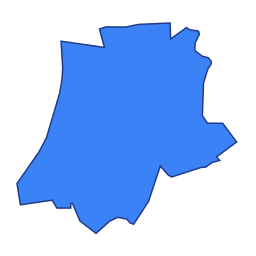 outline of Kimmage-Rathmines Lea-6, Dublin, Ireland, rotated 272°
{"feature_id": "5873133B27711850706283", "entity_name": "Kimmage-Rathmines Lea-6", "entity_type": "district", "adm_level": 2, "iso_a3": "IRL", "parent_name": "Ireland", "parent_adm1": "Dublin", "projection": "orthographic", "projection_center": [-6.288, 53.318], "detail": "fine", "context": "isolated", "style": "filled", "palette": "blue", "viewbox_px": 256, "rotation_deg": 272, "n_neighbors": 0, "source": "geoboundaries", "source_scale": "gbopen_adm2", "svg_char_len": 768}
<svg xmlns="http://www.w3.org/2000/svg" viewBox="0 0 256 256"><g transform="rotate(272 128 128)"><path d="M32.0,137.0L55.5,151.1L91.1,161.6L82.4,169.8L80.6,173.5L91.1,202.2L91.6,207.0L96.5,213.3L98.8,220.8L102.1,217.3L117.8,237.0L136.0,222.5L135.6,207.1L143.0,201.9L175.7,201.9L189.6,205.7L194.8,208.8L197.5,208.9L201.0,205.7L202.4,199.7L207.7,192.1L215.3,192.1L224.3,196.1L227.3,195.0L228.4,186.1L230.4,182.9L218.4,167.5L234.4,166.4L231.9,134.9L228.8,122.1L228.3,102.6L226.0,96.0L207.7,101.6L212.4,58.1L184.9,60.7L174.0,60.3L160.5,58.5L115.2,46.8L100.7,39.7L68.7,19.0L47.5,23.1L53.2,54.7L45.5,59.8L46.0,73.6L50.4,73.4L50.8,75.1L33.3,83.3L21.6,99.7L34.5,113.2L38.4,120.9L36.9,129.9L33.2,133.5L32.0,137.0Z" fill="#3b82f6" stroke="#1e3a8a" stroke-width="1.5"/></g></svg>